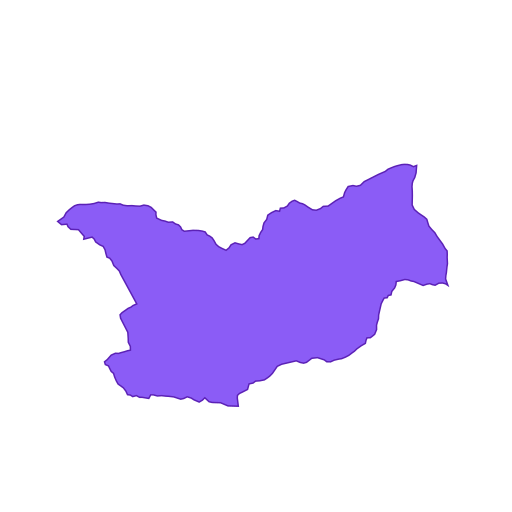 Penápolis, São Paulo, Brazil (Albers equal-area conic projection), rotated 61°
{"feature_id": "56859067B20173469522033", "entity_name": "Penápolis", "entity_type": "district", "adm_level": 2, "iso_a3": "BRA", "parent_name": "Brazil", "parent_adm1": "São Paulo", "projection": "albers", "projection_center": [-50.11, -21.392], "detail": "fine", "context": "isolated", "style": "filled", "palette": "violet", "viewbox_px": 512, "rotation_deg": 61, "n_neighbors": 0, "source": "geoboundaries", "source_scale": "gbopen_adm2", "svg_char_len": 3685}
<svg xmlns="http://www.w3.org/2000/svg" viewBox="0 0 512 512"><g transform="rotate(61 256 256)"><path d="M315.0,435.6L316.7,433.3L319.2,432.0L320.1,428.3L323.1,426.4L324.4,424.1L328.6,418.8L326.4,415.4L327.7,413.1L330.6,410.1L332.4,406.2L334.7,403.0L336.3,400.5L339.3,396.3L344.7,391.3L345.6,388.3L345.8,384.4L348.9,381.5L351.7,380.0L356.2,376.5L356.1,372.8L355.2,369.5L360.7,367.7L362.8,365.4L364.5,362.6L367.1,358.2L373.5,353.2L378.8,344.3L371.1,341.2L368.9,339.8L368.2,337.1L368.4,334.2L368.6,328.1L364.5,324.1L365.7,320.1L365.2,317.1L367.0,313.1L368.4,308.7L368.1,305.0L367.7,302.2L366.6,298.5L364.6,294.5L362.8,290.9L363.1,286.0L367.2,271.6L370.6,268.9L372.8,266.3L373.5,263.4L372.5,256.8L374.7,251.5L380.0,246.6L382.8,245.4L384.7,242.1L385.0,238.1L386.3,233.6L387.3,230.9L387.8,226.8L387.9,223.0L387.3,218.9L387.0,216.1L386.1,212.8L385.5,207.5L385.4,202.7L383.0,200.6L381.4,198.6L382.9,195.6L382.5,192.9L382.0,190.2L378.8,186.2L374.9,184.1L372.7,182.0L370.3,179.3L367.0,177.3L362.5,173.3L358.5,169.7L356.5,166.8L354.9,164.3L356.1,161.5L354.6,159.4L355.5,156.8L352.8,154.4L351.1,150.2L349.1,147.7L346.3,145.7L347.6,141.7L348.7,137.2L350.6,134.5L353.0,132.5L354.8,130.3L362.8,124.1L363.5,120.1L364.5,117.3L366.5,115.7L368.4,113.5L368.4,109.3L370.0,106.0L372.2,103.7L374.7,102.4L368.0,101.3L365.1,99.4L362.9,97.6L358.0,94.2L355.6,92.3L349.9,89.5L347.4,88.0L344.2,86.4L341.0,87.0L336.0,87.0L326.6,88.2L322.3,88.3L317.9,89.5L313.7,90.3L310.2,89.6L306.7,88.8L303.3,90.0L300.4,91.5L297.0,93.2L292.0,95.0L287.1,94.7L279.2,90.1L275.1,87.9L270.9,85.9L268.1,84.0L266.3,82.2L264.3,79.1L260.9,75.7L254.7,71.6L254.2,75.0L251.3,77.0L249.5,79.0L247.8,81.8L246.7,84.3L245.5,88.8L244.9,91.6L244.4,95.5L244.1,98.5L244.7,102.0L244.0,109.3L243.4,125.3L244.8,130.4L243.7,134.4L241.4,137.0L239.9,141.7L241.8,145.2L243.5,147.7L246.7,150.9L246.3,154.3L246.3,159.4L246.7,163.2L247.0,165.9L247.3,168.8L245.2,173.1L245.8,176.6L245.2,181.1L242.9,184.3L238.3,186.9L235.0,188.5L232.8,190.0L230.9,192.1L228.2,193.7L226.0,195.2L225.6,197.9L226.0,201.3L227.5,204.3L227.5,208.3L226.0,211.5L228.3,213.7L225.9,216.7L225.6,221.4L226.0,225.9L229.2,228.9L230.9,232.9L233.5,235.5L236.1,237.4L237.6,240.4L239.7,243.4L242.2,245.1L241.0,248.0L238.1,249.3L237.1,252.2L238.4,256.3L239.5,259.7L239.3,262.7L237.2,265.1L234.3,268.0L234.1,272.4L235.8,275.6L236.5,279.4L233.0,282.0L229.8,284.1L226.4,285.3L222.0,285.3L218.8,285.6L216.1,286.9L213.9,288.5L210.3,288.8L208.2,290.9L205.7,294.1L203.0,298.7L200.8,303.9L199.6,306.7L197.1,308.1L194.0,307.9L191.2,308.7L188.9,310.9L185.8,312.4L184.0,316.3L181.3,318.7L179.1,321.3L174.7,324.5L171.3,323.5L169.1,322.2L166.2,323.1L162.7,324.1L159.7,326.1L157.1,329.4L156.2,333.3L154.0,336.9L151.8,340.1L149.7,344.2L147.2,347.5L144.5,349.6L143.1,352.5L140.6,356.0L138.5,359.0L136.0,362.1L134.2,365.6L132.5,367.8L131.6,372.2L130.2,376.1L128.5,379.8L126.9,382.7L125.6,384.9L124.6,387.4L124.1,390.4L124.4,393.1L125.0,396.8L126.1,401.0L128.8,405.2L129.2,408.9L129.6,412.7L134.3,410.9L136.5,405.9L139.2,406.2L142.9,405.0L144.8,401.9L146.9,398.5L151.9,397.5L155.6,396.7L157.8,398.5L160.0,390.2L162.7,389.3L166.0,389.4L170.4,387.3L173.5,385.0L177.3,385.0L180.8,386.0L184.7,386.9L187.0,385.0L190.6,384.4L195.4,385.0L199.4,383.7L202.9,382.8L206.7,383.2L240.1,383.5L239.7,387.5L240.1,390.2L239.8,393.1L240.2,396.7L240.6,400.6L241.5,403.4L244.8,404.6L260.6,405.1L266.1,407.7L269.5,409.5L274.1,409.7L277.5,411.5L276.6,414.2L275.9,417.7L275.1,420.8L274.6,423.4L272.9,426.1L272.5,430.7L274.5,436.3L275.1,439.8L277.9,440.4L280.6,438.3L283.5,438.5L286.8,438.6L289.6,437.5L293.3,438.3L297.4,438.7L301.1,438.7L307.0,435.9L311.2,435.3L315.0,435.6Z" fill="#8b5cf6" stroke="#5b21b6" stroke-width="1.5"/></g></svg>